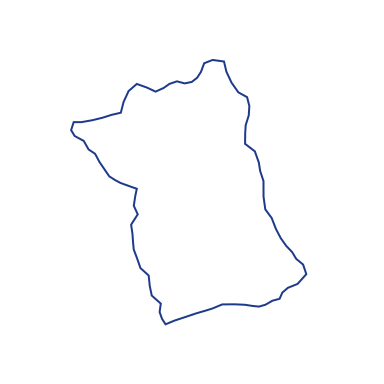 Ibirité, Minas Gerais, Brazil (orthographic projection), rotated 18°
{"feature_id": "56859067B8022676764882", "entity_name": "Ibirité", "entity_type": "district", "adm_level": 2, "iso_a3": "BRA", "parent_name": "Brazil", "parent_adm1": "Minas Gerais", "projection": "orthographic", "projection_center": [-44.071, -20.022], "detail": "fine", "context": "isolated", "style": "outline", "palette": "blue", "viewbox_px": 384, "rotation_deg": 18, "n_neighbors": 0, "source": "geoboundaries", "source_scale": "gbopen_adm2", "svg_char_len": 1193}
<svg xmlns="http://www.w3.org/2000/svg" viewBox="0 0 384 384"><g transform="rotate(18 192 192)"><path d="M205.3,82.9L195.8,75.8L187.5,66.9L182.1,58.0L170.7,60.1L163.8,65.8L163.4,75.0L161.6,81.7L157.8,87.4L151.4,91.0L143.5,91.4L137.1,96.2L132.9,101.8L126.3,107.8L116.9,106.6L106.1,106.3L100.5,115.6L99.1,127.5L99.8,138.6L91.8,143.4L83.8,149.1L74.9,154.6L65.1,159.8L57.9,162.1L57.9,170.5L63.1,175.0L73.3,176.9L80.5,183.5L88.0,185.6L94.9,192.2L108.5,202.7L115.1,204.4L121.2,205.5L129.9,205.8L138.5,206.0L139.3,213.4L140.9,223.1L147.3,230.0L144.2,241.9L148.4,250.4L151.1,257.1L154.3,264.6L160.2,272.0L166.5,280.3L176.6,284.8L180.8,294.3L185.7,302.9L196.8,307.8L198.3,316.2L202.6,321.8L207.7,326.0L215.1,319.7L223.8,313.3L233.4,306.2L241.9,300.4L247.4,296.5L255.6,289.5L268.1,285.4L277.2,282.9L284.5,281.7L291.1,280.3L296.7,276.5L302.0,270.6L308.3,266.5L309.0,259.7L312.8,253.5L320.8,246.8L326.1,234.8L320.1,226.7L311.8,223.4L305.8,218.2L298.2,214.1L290.7,208.5L283.4,201.4L275.8,192.1L267.1,185.9L261.5,174.4L256.6,159.5L250.3,150.9L246.5,143.4L239.2,133.9L227.6,129.8L224.5,119.9L222.4,111.8L222.3,101.6L220.0,92.6L215.1,84.8L205.3,82.9Z" fill="none" stroke="#1e3a8a" stroke-width="2"/></g></svg>